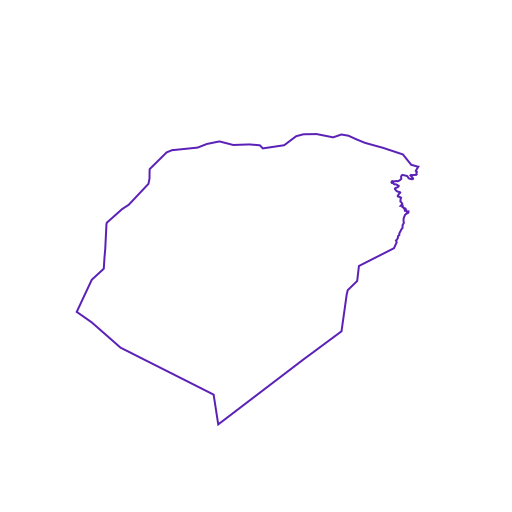 the district of Yakurr, Cross River, Nigeria, rotated 63°
{"feature_id": "59680162B19335323694639", "entity_name": "Yakurr", "entity_type": "district", "adm_level": 2, "iso_a3": "NGA", "parent_name": "Nigeria", "parent_adm1": "Cross River", "projection": "equal_earth", "projection_center": [8.173, 5.82], "detail": "fine", "context": "isolated", "style": "outline", "palette": "violet", "viewbox_px": 512, "rotation_deg": 63, "n_neighbors": 0, "source": "geoboundaries", "source_scale": "gbopen_adm2", "svg_char_len": 1938}
<svg xmlns="http://www.w3.org/2000/svg" viewBox="0 0 512 512"><g transform="rotate(63 256 256)"><path d="M224.4,441.1L240.6,432.5L276.2,418.3L360.3,356.7L388.9,366.1L369.8,261.2L361.9,214.0L331.4,192.6L328.1,189.8L324.2,177.2L311.6,168.8L311.7,129.5L307.6,124.4L306.7,124.3L305.7,124.2L305.4,122.9L305.0,122.5L304.4,121.5L302.8,120.4L302.4,118.8L301.3,118.3L300.3,117.3L299.5,115.9L298.5,114.8L297.5,112.7L295.1,111.4L293.6,109.2L291.6,108.6L289.4,107.3L287.0,104.5L286.6,103.0L286.7,101.8L286.6,100.8L286.2,100.2L285.4,99.9L285.2,100.5L285.5,100.8L285.7,101.5L285.1,101.5L284.4,101.8L283.5,101.4L283.2,101.9L283.2,102.7L282.2,102.5L282.2,101.7L281.9,101.3L281.1,101.6L280.5,102.6L279.9,102.5L279.0,103.3L278.4,102.9L277.9,102.5L277.5,102.9L277.3,103.8L277.0,104.3L276.7,103.6L276.1,102.0L274.2,102.1L273.3,102.6L272.5,102.4L271.9,101.8L270.8,101.3L270.0,100.3L269.4,100.5L268.6,101.3L267.3,102.6L266.9,102.5L265.9,101.0L265.3,99.4L265.0,98.7L264.4,98.8L263.1,100.4L262.0,101.2L259.8,101.8L259.0,101.6L258.8,101.0L259.0,98.4L258.7,97.3L258.2,97.0L257.7,97.4L255.7,98.7L255.0,100.1L254.4,100.5L253.0,100.7L252.7,101.7L251.9,101.9L251.1,100.7L252.5,98.6L252.8,97.0L253.8,95.7L253.8,93.6L253.3,91.6L252.7,91.3L251.3,90.8L250.3,89.6L250.3,88.6L252.4,86.1L253.6,84.9L256.1,84.7L257.9,82.9L258.7,81.4L258.2,80.8L254.3,81.8L254.1,81.2L255.3,79.3L255.9,77.4L256.4,76.7L256.1,75.7L254.8,75.4L254.1,74.5L252.7,75.0L250.1,70.9L249.9,71.2L245.2,76.3L232.2,79.0L217.2,93.8L214.5,96.8L204.6,107.6L197.0,114.1L190.8,119.0L186.5,124.8L185.3,133.4L174.9,146.6L169.1,158.4L167.5,165.8L170.1,180.6L167.0,189.8L163.2,201.1L159.1,202.3L153.6,211.2L146.8,225.8L137.3,236.6L133.9,248.8L132.9,258.8L124.0,281.8L123.6,282.5L123.1,288.6L130.3,311.2L131.5,312.0L138.6,315.7L142.9,319.1L152.6,346.2L153.4,354.0L154.3,357.3L158.6,373.8L160.1,375.0L181.4,387.2L188.9,391.9L198.2,397.4L202.6,413.1L224.4,441.1Z" fill="none" stroke="#5b21b6" stroke-width="2"/></g></svg>